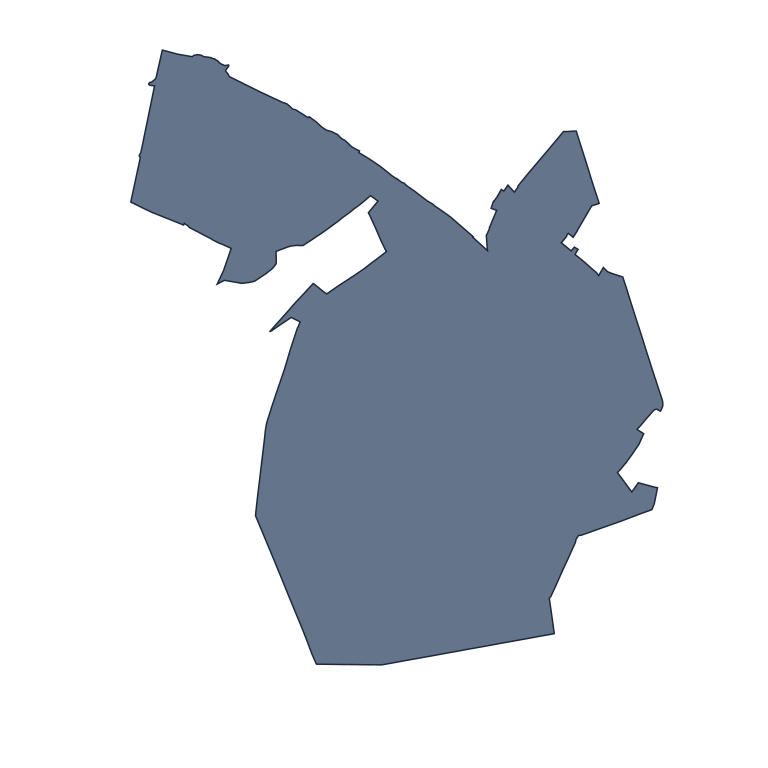 outline of Chimalhuacán, México, Mexico, rotated 191°
{"feature_id": "50627088B23248681455683", "entity_name": "Chimalhuacán", "entity_type": "district", "adm_level": 2, "iso_a3": "MEX", "parent_name": "Mexico", "parent_adm1": "México", "projection": "orthographic", "projection_center": [-98.942, 19.418], "detail": "fine", "context": "isolated", "style": "filled", "palette": "slate", "viewbox_px": 768, "rotation_deg": 191, "n_neighbors": 0, "source": "geoboundaries", "source_scale": "gbopen_adm2", "svg_char_len": 5780}
<svg xmlns="http://www.w3.org/2000/svg" viewBox="0 0 768 768"><g transform="rotate(191 384 384)"><path d="M491.8,322.9L491.6,316.4L491.4,313.5L490.8,306.7L488.9,280.5L487.5,261.9L486.9,252.8L486.0,241.5L485.9,239.9L485.7,238.3L485.5,235.3L485.0,230.2L477.4,218.8L467.6,204.1L466.2,202.0L464.4,199.3L456.9,188.0L456.0,186.6L454.5,184.3L452.8,181.7L449.2,176.3L446.6,172.3L436.4,156.7L426.6,141.8L416.8,127.0L409.9,116.1L403.1,105.0L396.9,96.1L386.4,98.0L372.0,100.6L358.6,103.1L349.6,104.7L332.5,107.9L321.6,112.1L310.7,116.4L294.4,122.7L283.5,126.9L272.6,131.2L261.7,135.4L250.8,139.7L239.9,143.9L229.0,148.1L218.2,152.4L207.3,156.6L196.4,160.8L185.5,165.1L169.2,171.4L175.0,188.4L180.9,205.3L179.8,206.9L177.0,218.1L173.5,233.4L172.8,236.4L170.3,246.3L165.9,265.0L165.8,268.4L164.0,272.5L161.5,273.2L146.4,282.1L135.2,288.7L124.8,294.8L106.9,305.9L97.0,311.8L95.8,318.4L95.7,334.4L96.5,334.4L99.4,334.4L105.8,334.9L115.5,335.6L118.0,330.0L118.5,328.8L120.2,325.3L137.8,341.5L136.7,343.7L136.3,344.2L135.6,345.2L132.7,350.6L131.2,353.2L129.8,356.4L127.1,362.1L126.0,364.5L124.9,367.3L123.4,370.7L122.2,373.5L121.0,378.6L119.6,384.8L126.9,387.6L125.4,390.2L124.4,391.8L123.4,393.6L122.5,395.2L118.5,402.3L114.2,409.6L113.1,410.7L111.2,411.3L107.7,410.0L107.3,410.3L107.0,411.4L106.7,412.6L106.5,413.5L106.2,414.9L106.3,416.8L106.7,418.4L106.9,419.2L107.7,421.3L108.5,422.7L113.2,431.0L117.0,438.0L120.0,443.2L121.5,446.0L123.9,450.2L126.5,455.1L133.2,467.2L137.6,475.4L140.4,480.6L144.9,488.8L145.5,489.8L150.2,498.3L157.3,511.3L164.0,523.8L165.6,526.7L166.6,528.5L167.0,529.1L170.0,534.6L170.7,534.7L174.8,535.2L180.5,535.9L182.1,536.1L183.3,536.4L185.8,536.8L190.9,540.2L194.0,531.3L196.6,533.8L199.8,535.6L204.0,538.0L208.7,540.9L216.4,545.1L221.2,547.6L219.7,551.9L219.2,553.2L223.3,554.7L225.7,550.3L226.1,550.6L236.9,556.5L232.9,563.7L233.0,565.0L231.8,567.0L226.3,564.1L225.5,566.2L223.4,571.3L223.6,571.4L214.1,598.5L209.7,600.9L207.2,602.3L219.3,624.1L220.8,627.0L225.6,636.0L228.8,641.9L232.2,648.1L238.1,658.9L241.3,664.8L242.0,666.1L243.6,669.0L244.2,668.8L245.5,668.6L251.4,667.0L254.1,666.4L255.9,666.2L266.0,647.9L268.0,644.3L271.1,638.8L281.5,620.2L282.7,618.1L284.3,615.1L288.1,608.1L290.3,603.8L290.1,602.7L292.7,597.2L296.9,600.3L299.0,602.0L300.3,602.9L302.3,598.3L303.2,596.2L303.9,596.5L306.0,597.4L307.2,593.6L308.5,589.9L309.0,588.4L309.3,588.1L310.9,584.4L311.3,584.4L311.4,584.2L311.8,581.5L312.0,579.9L312.4,576.9L309.2,576.4L308.3,576.2L306.5,576.0L306.8,574.9L307.2,572.8L310.4,557.3L310.1,556.7L311.9,549.2L307.9,534.7L324.6,544.8L324.9,545.0L324.5,545.6L349.8,560.2L350.3,560.5L358.7,564.4L367.7,568.3L368.3,568.5L370.2,569.8L376.5,572.0L382.1,574.8L384.7,576.1L386.6,577.0L389.3,578.4L392.0,579.7L394.0,580.5L394.7,580.8L396.9,581.8L399.6,583.0L402.7,585.1L404.9,585.2L411.0,588.2L411.3,587.8L413.6,589.0L415.9,589.9L419.2,591.7L428.5,596.6L442.0,602.4L447.2,604.3L452.9,606.3L452.5,608.2L454.8,608.7L459.3,610.1L461.9,611.2L466.2,614.1L466.9,614.4L467.7,614.9L468.5,615.5L469.7,616.0L471.4,616.3L474.2,617.9L476.6,619.6L478.0,620.3L479.3,620.5L483.4,621.7L488.4,622.2L489.5,622.4L490.6,622.9L492.3,623.6L493.2,623.9L494.5,624.6L497.3,626.3L500.6,628.4L501.0,628.6L504.7,630.3L508.5,632.1L509.4,631.0L522.9,636.3L526.3,636.5L527.7,637.4L528.7,638.2L530.8,639.3L532.3,640.3L533.7,640.6L535.6,641.0L536.3,640.8L551.0,644.5L555.9,645.8L558.1,646.3L560.6,646.9L576.2,651.2L594.6,656.3L595.8,658.1L598.7,660.6L599.2,661.3L599.1,662.0L599.0,662.6L597.8,664.8L597.3,665.7L597.1,666.3L597.2,666.7L597.4,667.5L599.6,666.7L600.8,666.3L601.4,666.2L602.0,666.4L602.8,666.6L604.3,666.9L607.2,668.1L609.0,669.6L610.8,670.0L612.4,670.9L613.8,670.7L615.8,671.3L617.6,671.3L619.4,671.3L621.7,671.0L624.2,671.1L626.0,671.9L627.5,671.8L630.0,671.7L633.4,670.3L634.7,668.7L649.8,668.4L665.3,669.5L666.2,640.5L667.2,639.1L668.8,637.1L669.9,635.9L671.5,635.3L672.3,633.7L671.8,632.9L670.9,632.7L669.7,632.6L666.1,632.9L666.8,567.1L667.0,564.7L667.1,563.8L667.7,562.5L667.9,561.6L667.7,561.0L666.9,560.2L666.4,559.5L667.3,514.3L652.8,510.3L644.4,508.2L635.6,506.5L611.0,501.8L610.7,503.6L608.4,502.6L607.6,502.3L606.5,501.7L605.2,500.7L604.3,500.3L595.3,497.7L594.8,497.5L587.0,495.1L584.4,494.4L581.0,493.4L580.2,492.9L572.7,490.8L569.6,490.3L559.9,488.0L561.0,479.7L561.3,477.6L562.1,472.0L562.8,467.2L562.9,466.5L563.0,465.3L566.8,450.3L560.5,455.3L551.9,455.5L547.1,455.6L546.2,455.6L544.2,455.6L542.2,455.9L540.1,456.5L536.3,457.8L532.8,459.2L530.5,460.3L525.0,465.8L520.8,469.9L515.3,476.4L514.1,478.7L512.9,481.3L512.9,482.5L514.0,487.9L514.3,489.0L514.8,491.3L515.2,493.5L511.0,496.3L508.3,497.9L504.7,500.1L501.6,501.7L498.5,502.7L495.7,503.5L495.4,503.5L492.1,504.0L489.9,504.5L486.0,508.3L483.8,510.4L480.0,514.2L478.6,515.7L476.5,517.6L474.3,519.8L468.4,526.0L465.2,529.5L460.3,534.8L457.7,537.9L456.8,539.0L456.1,539.8L451.2,545.0L447.8,548.9L447.1,549.9L442.3,555.0L441.0,556.6L439.0,559.0L433.1,566.3L424.8,562.4L432.0,549.1L428.5,544.6L428.0,543.7L422.6,536.3L420.1,532.6L417.7,529.1L416.2,527.0L414.7,524.7L408.7,516.6L407.2,514.7L406.3,515.1L408.2,512.9L410.2,510.7L412.3,508.3L412.7,507.8L413.7,506.6L419.3,500.5L419.8,499.9L422.1,497.3L423.0,496.3L426.3,492.5L432.8,486.0L438.4,480.5L441.8,477.2L442.8,476.2L448.0,471.2L451.2,467.9L451.9,467.2L454.3,464.7L457.4,461.5L461.4,463.3L472.3,469.1L472.7,469.1L476.5,463.0L480.4,456.6L486.0,447.8L486.3,447.4L490.0,441.0L492.9,435.9L493.7,434.6L499.9,424.2L501.4,421.7L506.3,413.4L504.4,414.9L499.1,420.4L495.9,423.6L491.6,427.8L488.1,431.3L487.8,431.6L478.4,429.1L478.3,428.8L479.0,424.2L479.1,423.9L479.3,423.6L479.5,423.1L479.9,420.8L482.6,399.3L484.3,381.5L486.3,366.3L487.2,360.3L487.4,358.7L490.0,339.1L490.3,335.9L490.6,333.5L491.8,322.9Z" fill="#64748b" stroke="#1e293b" stroke-width="1.5"/></g></svg>